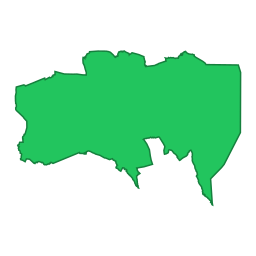 the district of Grue nor, Hedmark, Norway
{"feature_id": "86288312B6649018055667", "entity_name": "Grue nor", "entity_type": "district", "adm_level": 2, "iso_a3": "NOR", "parent_name": "Norway", "parent_adm1": "Hedmark", "projection": "mercator", "projection_center": [12.179, 60.414], "detail": "fine", "context": "isolated", "style": "filled", "palette": "green", "viewbox_px": 256, "rotation_deg": 0, "n_neighbors": 0, "source": "geoboundaries", "source_scale": "gbopen_adm2", "svg_char_len": 5727}
<svg xmlns="http://www.w3.org/2000/svg" viewBox="0 0 256 256"><path d="M25.1,161.7L26.4,158.9L29.6,159.2L33.3,162.6L33.6,162.7L33.6,162.9L34.0,163.2L34.4,163.1L34.5,163.4L35.0,163.5L35.2,162.9L36.0,162.7L36.2,162.2L37.0,162.1L37.3,162.5L38.1,161.7L38.9,161.5L41.1,162.2L41.8,162.7L42.3,162.4L42.7,162.5L43.7,163.8L43.9,164.4L44.8,164.8L46.3,164.6L46.6,164.8L47.4,164.3L48.0,164.3L48.2,163.9L49.2,163.8L49.5,164.0L50.0,163.5L49.9,163.1L50.9,162.8L50.8,162.5L50.8,162.4L51.4,162.4L53.0,163.4L79.4,152.5L79.8,153.4L83.3,153.5L84.8,152.8L84.9,153.7L84.7,154.0L86.0,154.0L86.4,151.8L88.4,150.9L89.2,151.1L90.7,151.6L92.8,152.8L94.6,153.4L95.4,154.0L99.9,155.3L104.5,157.9L105.7,158.0L109.5,159.6L112.4,158.7L112.8,159.3L113.0,159.8L113.7,160.3L114.4,160.3L114.6,160.7L115.8,161.2L115.7,161.8L116.0,162.3L116.0,163.0L116.6,163.9L116.7,164.6L117.3,165.1L117.0,165.3L116.9,165.8L116.0,167.3L116.2,167.8L116.3,167.8L116.3,168.1L117.6,168.5L119.2,170.3L120.8,171.2L122.6,167.8L124.0,167.9L124.2,169.0L124.5,169.1L124.6,169.3L125.0,169.0L125.9,169.3L126.7,169.9L126.8,170.1L126.1,170.7L126.1,171.0L126.3,171.3L126.7,171.3L127.4,172.9L127.8,173.5L128.3,173.6L128.9,174.7L129.6,174.9L129.7,175.3L130.1,175.8L131.0,176.4L131.4,177.1L131.9,177.5L132.6,178.6L132.9,179.7L133.5,180.0L134.6,181.9L134.8,183.0L135.7,184.8L135.7,185.1L136.6,186.3L137.7,186.7L138.1,187.8L138.4,187.9L138.3,187.7L138.4,187.4L137.9,185.9L138.0,185.4L137.5,185.1L137.5,184.4L137.3,184.0L137.5,183.7L137.3,183.5L137.3,182.1L137.2,181.9L137.3,181.3L137.1,180.7L137.1,179.3L136.7,178.1L136.7,175.9L137.8,175.1L138.0,174.3L139.0,174.1L139.9,173.5L138.8,172.3L138.0,171.8L137.9,171.2L137.2,170.2L137.1,169.4L137.2,169.0L137.0,168.9L136.7,168.0L143.9,166.8L152.5,164.3L151.1,160.0L150.3,156.0L149.4,149.7L146.8,144.0L143.8,139.6L143.4,139.4L144.0,138.9L145.5,138.5L146.4,138.5L146.8,138.2L149.1,138.0L149.1,137.8L150.4,137.5L150.7,137.2L151.5,137.8L152.5,137.4L152.5,137.7L153.5,137.8L154.2,137.3L155.2,137.9L158.7,136.9L159.2,137.2L159.8,137.9L163.3,143.5L164.8,146.3L164.6,147.7L163.9,150.4L164.2,153.0L164.5,154.2L166.2,153.8L168.1,152.8L168.5,151.8L168.6,150.4L169.0,149.9L169.9,149.8L170.7,150.2L171.6,150.3L172.4,151.1L172.6,151.6L173.5,152.3L173.5,152.7L174.2,153.4L175.8,154.4L176.6,155.6L177.4,156.4L177.5,156.5L177.1,157.1L178.1,158.5L179.3,159.8L179.3,160.2L179.5,160.4L180.5,159.9L181.4,159.0L183.2,157.7L186.4,156.0L187.6,154.6L187.7,154.1L187.6,153.6L188.0,152.9L188.8,152.3L188.9,151.7L189.5,151.0L189.5,150.8L190.9,150.2L192.2,152.7L192.4,153.9L192.3,154.7L192.4,155.7L192.0,156.7L192.2,157.3L192.2,158.0L192.5,159.1L192.3,159.5L192.2,160.1L192.6,161.9L192.9,162.2L193.4,163.6L194.1,164.6L194.6,165.6L194.9,166.8L194.9,167.4L195.2,168.8L195.8,169.6L196.1,171.1L196.7,171.5L197.2,173.2L197.2,174.4L197.5,174.9L196.6,175.7L196.4,176.2L197.4,177.7L197.8,178.9L198.4,179.7L198.5,180.3L198.3,181.2L199.1,183.5L201.6,186.9L201.8,188.4L202.1,188.7L202.3,189.7L202.8,190.7L202.7,191.0L202.4,191.6L202.7,192.4L203.0,192.9L202.7,193.4L202.8,194.0L203.3,194.6L204.1,194.3L204.2,194.8L204.8,194.7L204.9,195.3L204.7,195.7L204.8,195.9L205.3,195.9L205.9,196.6L207.0,197.2L207.7,197.7L207.9,198.3L208.7,198.8L209.7,200.1L211.0,200.8L211.3,201.2L210.8,201.7L210.6,202.4L211.6,203.0L211.7,204.0L212.2,204.8L212.6,205.0L212.2,202.6L210.6,178.8L221.6,167.5L224.1,164.4L240.4,132.6L240.6,72.4L238.3,65.0L206.0,64.6L205.1,63.1L202.7,61.3L195.8,57.3L194.2,56.1L194.3,55.2L194.0,54.7L193.2,54.7L192.5,54.2L191.4,54.4L188.7,53.9L187.0,53.0L186.2,52.3L185.6,51.4L184.2,51.8L183.9,52.1L183.9,52.4L183.0,52.7L182.5,53.5L182.6,54.1L182.5,54.8L182.2,54.9L181.9,55.4L181.4,55.3L181.5,54.6L181.1,53.7L181.0,53.8L180.4,54.6L180.2,55.4L178.7,56.4L178.5,56.9L178.6,57.3L177.9,57.9L178.0,58.2L175.9,58.1L175.2,58.5L173.1,57.6L171.9,57.9L170.8,57.5L169.3,58.0L168.5,57.5L167.9,58.2L167.2,58.4L165.4,58.0L165.7,58.5L165.8,59.5L165.8,60.2L166.1,61.0L158.2,63.7L157.6,64.5L156.9,64.4L154.6,65.5L146.3,66.5L146.3,65.9L145.8,65.5L145.7,66.2L145.5,66.3L145.2,65.2L144.9,65.2L144.6,64.1L144.8,63.1L145.1,62.7L144.7,61.9L144.7,61.7L145.0,61.5L144.8,61.3L144.8,60.6L144.4,59.8L144.3,58.8L144.0,58.1L143.9,56.7L138.8,54.6L132.2,52.8L131.8,52.9L130.5,54.1L129.8,54.3L129.4,54.1L129.2,54.5L129.0,53.5L125.6,52.0L124.3,51.0L123.7,51.1L123.2,51.7L122.2,51.9L121.8,51.5L121.8,51.2L121.0,51.5L120.5,51.3L119.9,51.6L119.7,51.9L119.3,52.0L119.0,51.9L118.9,52.4L118.3,53.0L117.8,54.3L118.0,55.6L117.8,55.6L117.6,56.3L116.2,56.1L115.7,56.8L115.8,57.2L115.6,57.4L115.8,57.7L115.0,57.1L113.3,55.0L110.4,52.3L108.5,51.6L106.2,51.2L97.9,51.1L89.6,51.7L89.6,52.3L89.2,53.1L87.1,53.9L86.9,54.6L86.7,54.6L86.6,55.0L85.5,56.5L85.7,57.1L85.7,57.4L84.7,57.1L84.6,57.3L84.7,58.3L83.9,57.5L83.1,57.4L83.0,58.1L82.9,59.7L83.1,63.1L84.4,65.8L85.2,69.0L86.3,72.5L86.2,75.0L82.8,74.9L77.0,74.1L73.1,74.2L64.3,74.0L55.0,71.5L55.0,74.7L53.5,75.0L52.9,75.3L52.8,76.5L52.3,76.4L52.3,76.6L50.9,77.7L49.9,77.7L49.5,77.3L45.2,79.7L44.7,78.1L25.4,86.0L24.9,85.3L23.8,84.9L16.3,87.0L16.0,89.8L16.2,92.5L15.4,96.2L15.5,97.0L15.4,98.3L15.6,98.8L15.6,99.5L15.4,99.9L15.5,100.2L15.6,102.1L15.8,102.9L15.7,103.2L15.7,103.5L16.2,104.0L16.4,106.2L16.0,107.5L15.7,107.8L15.8,109.5L16.4,110.5L23.2,116.9L24.2,118.4L26.8,121.2L26.9,127.5L26.5,129.0L25.1,134.0L24.2,134.3L24.0,134.8L24.1,135.0L24.1,135.5L22.9,136.6L22.6,137.2L22.7,137.5L22.7,138.6L23.0,138.9L22.7,139.1L23.0,140.1L22.9,140.8L23.1,142.2L19.7,142.3L19.2,143.6L19.2,144.6L17.9,145.0L17.7,145.3L18.4,146.7L19.1,146.9L18.6,147.6L18.4,148.5L18.6,148.8L18.9,150.3L19.7,150.5L20.0,151.3L20.3,152.2L20.1,153.0L21.5,153.8L21.6,154.4L21.2,156.5L21.3,156.9L21.2,158.1L20.5,158.7L20.4,159.2L20.3,159.4L20.1,159.4L22.9,160.4L25.1,161.7Z" fill="#22c55e" stroke="#15803d" stroke-width="1.5"/></svg>